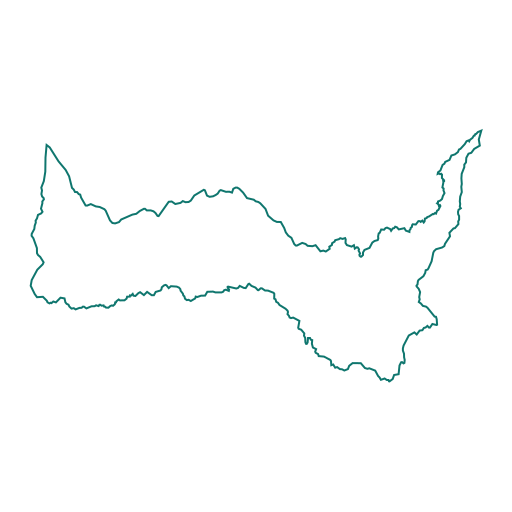 Santa Isabel, Tolima, Colombia
{"feature_id": "7082276B22900870629792", "entity_name": "Santa Isabel", "entity_type": "district", "adm_level": 2, "iso_a3": "COL", "parent_name": "Colombia", "parent_adm1": "Tolima", "projection": "equal_earth", "projection_center": [-75.189, 4.734], "detail": "fine", "context": "isolated", "style": "outline", "palette": "teal", "viewbox_px": 512, "rotation_deg": 0, "n_neighbors": 0, "source": "geoboundaries", "source_scale": "gbopen_adm2", "svg_char_len": 6048}
<svg xmlns="http://www.w3.org/2000/svg" viewBox="0 0 512 512"><path d="M37.0,297.2L42.9,296.8L46.8,300.7L47.5,302.3L49.5,303.4L50.8,302.7L51.5,303.1L53.3,301.5L55.9,302.4L60.5,297.7L64.5,298.4L65.4,302.3L66.6,303.8L68.5,304.7L69.3,306.5L71.5,308.6L73.8,308.2L75.6,309.4L79.4,307.9L81.6,307.8L82.8,306.7L84.0,306.7L86.4,308.4L91.5,306.3L94.7,306.2L96.1,305.3L98.6,306.1L99.4,304.8L100.1,304.7L101.6,305.7L103.6,305.4L104.1,306.6L105.1,306.7L106.0,307.6L108.4,307.7L110.3,306.0L111.9,305.4L113.0,305.8L114.8,304.3L115.2,302.4L116.0,302.4L116.4,301.3L118.7,299.5L119.9,300.4L124.5,300.3L126.6,298.6L127.1,296.7L129.8,296.6L130.0,295.4L131.0,295.6L132.7,293.9L133.5,295.7L135.4,296.0L138.4,293.1L140.1,292.2L143.9,295.1L147.1,291.9L151.7,295.2L153.9,295.2L155.7,291.9L160.5,290.5L161.4,289.4L161.8,287.3L164.0,285.4L165.5,284.9L166.5,285.3L168.7,288.1L170.9,286.2L176.7,286.6L179.0,287.6L180.3,289.1L180.6,290.7L182.9,293.7L183.3,295.4L184.4,296.4L185.0,298.7L186.8,300.1L188.6,299.8L190.8,301.0L195.2,298.4L195.7,296.6L197.3,297.0L201.0,295.7L205.1,295.6L207.3,291.8L213.0,291.6L215.4,292.4L221.6,292.4L223.2,291.7L224.2,290.2L225.8,289.7L228.8,290.9L229.1,289.5L227.7,287.8L227.6,286.9L228.1,286.6L236.3,288.5L238.1,287.9L239.7,285.9L243.8,287.9L245.7,288.1L248.4,284.0L249.2,283.7L251.5,285.9L255.5,287.6L257.8,290.1L258.5,290.2L260.7,288.3L261.8,288.3L265.0,290.5L268.0,290.6L273.6,292.8L274.3,293.8L274.2,298.6L275.5,299.3L276.2,301.8L278.0,302.8L279.5,305.0L285.5,308.7L287.5,310.6L288.0,312.0L287.5,314.1L289.0,315.9L289.6,317.5L291.0,318.1L293.2,317.6L299.4,320.9L298.2,327.7L298.7,328.8L301.2,329.7L304.3,333.4L304.0,335.7L305.2,337.9L305.4,342.2L306.0,343.8L306.7,343.9L307.6,342.5L308.0,338.0L310.0,338.0L310.8,339.7L312.2,340.1L311.9,343.8L312.9,347.5L316.1,349.1L315.2,351.7L315.7,352.8L318.1,354.1L318.7,356.1L324.0,356.6L330.4,360.0L331.0,361.1L331.3,365.2L333.2,364.5L335.2,367.7L337.1,367.1L339.9,369.1L342.1,369.3L344.3,370.5L347.9,369.1L349.2,365.8L352.6,363.1L360.8,363.2L364.9,368.0L367.4,368.8L369.3,368.3L375.2,370.6L378.1,376.0L379.6,377.5L380.9,379.8L384.6,378.5L386.8,380.0L388.5,380.0L389.0,381.3L389.5,381.4L392.7,379.0L394.1,375.0L398.6,374.2L399.5,365.5L401.1,362.3L402.0,362.1L403.5,363.4L404.4,362.9L404.7,359.9L404.1,357.3L404.0,353.7L402.9,350.6L402.9,348.3L403.6,345.5L408.8,335.5L414.4,332.4L416.7,334.5L419.6,330.6L422.4,330.2L423.9,327.9L425.6,327.5L427.4,325.9L429.0,327.6L429.9,327.6L432.4,324.0L436.5,325.0L437.1,324.7L436.7,319.2L436.0,316.8L434.6,316.6L427.5,307.8L426.0,306.6L422.9,305.9L420.9,303.5L418.8,302.0L419.7,299.3L419.2,297.1L420.1,292.1L418.7,288.8L416.6,286.4L416.5,285.6L417.5,284.5L417.9,281.1L418.6,279.9L423.4,276.2L425.2,272.9L425.7,270.2L427.6,269.6L428.4,268.4L431.6,261.3L433.3,252.7L434.0,251.2L436.1,249.2L442.1,247.5L444.3,246.1L445.0,243.8L450.0,236.3L449.4,232.8L453.5,228.4L454.9,228.2L458.4,224.1L458.2,221.4L459.1,219.7L459.1,216.0L458.2,214.3L458.0,211.9L458.6,209.7L460.8,208.3L459.8,206.7L460.2,204.0L459.8,201.4L460.2,196.6L461.8,192.1L461.3,186.8L461.8,184.0L461.4,178.3L461.7,173.8L464.3,167.2L464.3,164.6L466.0,162.4L466.3,157.8L468.5,153.7L471.3,152.8L474.2,148.9L479.8,145.6L478.8,139.5L481.3,130.6L477.8,132.1L476.2,133.9L475.3,134.1L474.6,135.6L473.8,135.7L472.4,138.0L470.1,139.7L469.2,141.3L468.6,140.4L466.6,141.2L464.8,144.1L460.4,148.9L459.0,149.5L457.9,152.1L454.9,154.4L451.4,155.5L449.5,159.9L445.2,161.9L444.4,163.7L442.6,164.9L440.4,170.5L438.0,172.3L437.7,173.9L438.8,173.4L440.1,174.2L441.1,173.7L442.0,174.6L441.9,178.0L444.1,180.3L444.1,180.9L443.2,180.8L443.4,182.3L442.4,187.5L443.6,188.5L443.5,190.4L444.5,193.1L442.9,196.0L442.0,199.0L440.4,200.5L438.0,201.5L438.0,202.6L437.1,203.3L438.5,204.5L438.9,205.9L440.0,205.2L440.4,206.0L438.4,209.9L437.1,210.7L436.0,213.6L435.0,213.0L433.6,214.2L432.8,214.0L429.0,216.5L427.2,217.1L426.6,218.1L424.9,218.6L424.6,221.3L423.7,222.5L422.3,220.6L420.7,221.9L419.8,221.1L418.4,221.1L415.8,224.5L412.7,224.3L412.1,225.2L411.9,226.9L410.7,227.9L410.5,229.1L409.5,230.3L409.4,231.9L405.8,230.6L404.4,228.2L398.8,229.4L396.9,227.3L395.2,226.7L394.2,228.1L392.8,228.4L391.1,230.8L390.2,229.1L387.0,227.6L385.5,228.1L384.1,229.7L381.2,229.5L379.7,232.8L378.7,233.4L378.1,236.4L378.3,238.6L377.7,240.1L374.5,241.0L372.3,242.6L369.5,247.9L364.5,249.9L363.0,252.5L363.0,255.0L361.3,256.7L360.6,256.7L359.6,255.8L359.4,254.7L360.1,253.4L358.6,250.7L359.0,249.3L357.8,247.5L356.9,247.2L354.8,248.6L353.9,245.2L351.6,246.6L346.9,245.1L345.5,242.9L345.7,239.4L345.1,238.1L342.6,238.9L340.2,238.2L338.9,239.2L335.2,240.2L334.6,241.6L332.1,243.2L331.9,245.0L329.3,246.7L329.7,248.8L325.8,251.5L323.3,250.6L320.4,251.3L315.6,245.2L312.4,246.2L307.6,245.8L305.6,244.0L302.2,242.9L296.8,245.6L295.7,245.5L294.2,244.0L291.4,237.8L288.3,235.7L285.8,232.4L284.2,228.0L280.8,222.0L276.8,221.9L273.5,220.4L268.1,215.7L265.5,208.9L260.3,203.3L258.4,202.0L255.7,201.3L253.8,199.7L247.0,198.1L243.1,192.6L239.3,188.8L237.2,187.6L235.6,187.6L233.3,188.8L232.0,192.6L229.3,191.7L225.9,191.8L220.8,190.1L219.6,190.7L217.7,193.6L215.7,195.0L213.1,196.3L209.6,196.8L207.0,195.6L204.9,190.3L203.8,189.8L194.3,195.5L190.8,200.6L188.6,202.0L185.5,202.2L182.8,201.1L180.5,202.9L175.3,204.0L171.7,201.5L168.7,201.8L158.6,216.1L157.5,215.9L155.5,213.0L153.5,211.3L150.7,210.4L146.8,210.4L145.0,208.8L143.9,208.8L139.8,211.0L136.3,213.8L132.4,214.6L121.2,219.5L119.0,222.1L115.1,223.4L112.4,223.0L110.0,220.4L105.7,210.7L104.4,209.2L99.7,207.0L95.8,206.4L90.8,204.1L87.1,205.6L85.6,205.5L81.1,197.6L80.2,194.6L78.7,194.1L77.1,192.1L75.0,192.0L73.7,189.5L72.0,187.9L69.1,176.3L65.7,170.0L58.5,161.3L49.7,147.4L46.6,145.0L45.5,157.5L45.3,171.7L43.8,181.2L41.3,187.6L42.0,190.5L41.4,194.1L42.1,196.5L43.6,198.0L43.9,199.3L42.3,201.5L42.4,203.2L41.0,208.7L42.5,211.8L41.2,213.4L38.0,214.9L37.0,218.4L35.6,220.7L35.8,222.6L34.7,225.7L34.3,229.0L31.7,233.9L31.6,235.8L33.4,238.3L36.9,248.1L37.0,253.2L38.0,255.0L40.2,256.9L43.6,262.3L42.8,264.2L37.3,269.7L31.7,280.1L30.7,285.8L34.7,294.0L37.0,297.2Z" fill="none" stroke="#0f766e" stroke-width="2"/></svg>